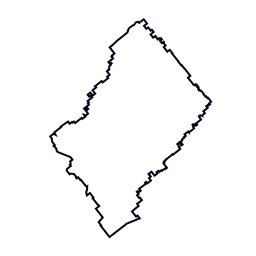 Wagin, Western Australia, Australia (Albers equal-area conic projection), rotated 142°
{"feature_id": "25037944B63512656480867", "entity_name": "Wagin", "entity_type": "district", "adm_level": 2, "iso_a3": "AUS", "parent_name": "Australia", "parent_adm1": "Western Australia", "projection": "albers", "projection_center": [117.292, -33.275], "detail": "fine", "context": "isolated", "style": "outline", "palette": "ink", "viewbox_px": 256, "rotation_deg": 142, "n_neighbors": 0, "source": "geoboundaries", "source_scale": "gbopen_adm2", "svg_char_len": 4467}
<svg xmlns="http://www.w3.org/2000/svg" viewBox="0 0 256 256"><g transform="rotate(142 128 128)"><path d="M209.7,53.5L191.9,53.4L190.7,53.4L190.5,53.2L188.2,53.5L182.1,51.8L182.1,51.7L179.4,51.0L177.2,50.4L174.4,49.6L174.4,53.1L176.2,53.2L176.2,59.7L172.6,60.0L167.6,60.0L167.6,62.6L161.5,62.6L161.5,65.8L162.3,65.9L162.3,69.4L160.3,69.4L160.3,72.3L159.0,72.3L159.0,70.8L156.6,70.8L156.6,73.2L154.6,73.2L148.4,73.0L148.4,74.3L146.7,74.3L146.7,72.5L142.3,72.5L142.3,75.6L139.9,75.7L139.9,77.1L140.2,77.1L140.2,79.1L136.4,79.1L136.4,74.1L132.7,74.1L132.7,75.6L130.3,75.5L130.3,74.1L127.4,74.1L127.4,73.3L123.6,73.3L123.6,72.6L121.8,72.6L121.8,78.4L120.4,78.4L120.4,79.4L118.6,79.4L118.6,79.7L116.8,79.7L116.8,79.8L112.8,79.8L109.0,79.9L109.0,79.3L99.8,79.3L99.8,81.4L99.0,81.4L99.0,85.0L96.6,85.0L96.6,81.4L95.9,81.4L95.9,81.6L95.5,81.8L95.2,81.6L95.0,83.7L95.0,84.0L95.0,84.3L95.1,84.6L95.2,84.9L94.9,84.8L93.1,84.8L93.0,85.2L92.0,85.5L92.0,85.8L89.6,85.8L89.6,86.4L87.4,86.3L87.4,88.2L85.6,88.2L82.7,88.2L82.7,86.9L82.6,87.0L76.3,87.0L76.0,87.2L76.0,89.0L75.1,89.0L75.1,90.9L74.3,90.9L73.5,90.0L73.5,89.0L73.0,89.0L73.0,88.0L71.5,88.0L71.5,89.7L65.2,89.7L65.2,91.2L65.0,93.6L63.4,93.6L62.4,92.2L62.4,92.3L58.3,92.3L58.3,93.7L58.2,93.7L58.2,94.8L52.9,94.8L52.9,97.0L50.6,97.0L50.6,96.1L48.8,96.1L48.8,97.5L46.3,97.5L46.3,102.4L46.9,102.4L46.9,104.8L47.7,104.8L47.7,107.8L47.4,107.8L47.4,111.9L47.4,112.0L47.8,112.2L48.1,112.8L47.9,113.2L48.3,113.5L48.7,113.6L48.9,113.8L48.3,114.5L48.7,114.8L48.8,115.1L48.2,115.3L48.1,115.5L48.0,115.8L48.0,116.0L48.2,116.3L48.2,116.5L48.2,116.8L47.9,116.8L47.9,116.7L47.6,116.8L47.3,116.9L47.2,116.9L47.2,117.0L47.1,117.3L47.2,117.5L47.3,117.6L47.3,117.8L47.5,118.0L47.8,118.1L48.1,118.1L48.3,118.2L48.3,118.3L48.4,118.5L48.3,118.8L48.2,118.9L47.9,119.0L47.7,119.0L47.4,119.3L47.5,119.4L47.5,119.5L47.4,119.6L47.2,119.6L47.1,119.8L47.2,120.0L47.3,120.2L47.4,120.4L47.6,120.4L47.8,120.5L48.0,120.9L48.1,121.0L48.3,121.0L48.5,121.1L48.8,121.1L49.0,121.0L49.2,120.9L49.3,120.8L49.5,120.8L49.7,121.3L49.8,130.7L46.8,130.7L46.8,133.6L46.8,136.5L46.8,140.0L47.0,140.1L47.0,144.6L47.5,144.6L47.5,149.1L47.3,149.1L47.4,157.9L47.4,159.7L47.0,159.7L47.0,163.9L50.0,163.9L50.0,169.8L47.7,169.8L47.7,172.2L47.7,172.9L47.6,173.1L47.4,173.3L47.2,173.4L47.0,173.5L46.8,173.5L46.7,173.6L46.7,174.0L49.1,174.0L49.1,177.0L46.8,176.9L46.8,178.5L48.1,178.4L48.2,179.6L50.0,179.5L50.0,182.5L49.7,182.5L49.7,183.7L52.6,183.7L52.6,187.8L48.7,187.9L48.7,190.7L50.2,190.7L50.2,194.9L52.5,194.9L52.5,198.6L48.7,198.6L48.7,204.0L54.6,204.0L54.6,205.5L56.7,206.4L60.0,205.4L60.8,205.9L65.2,206.0L67.2,205.4L68.2,204.8L68.2,204.4L69.0,204.1L69.8,203.6L72.8,203.6L78.7,203.5L82.1,203.5L90.1,202.8L92.8,202.8L92.8,202.7L92.8,195.0L95.9,195.0L95.9,194.4L97.0,194.4L97.0,192.0L102.8,192.0L102.8,189.6L101.1,189.6L101.1,189.0L102.2,189.0L102.7,188.3L104.2,188.3L105.3,187.7L105.9,187.0L106.5,185.9L107.7,185.9L107.7,185.6L109.7,185.6L109.7,181.2L112.9,181.2L112.9,179.5L119.9,179.5L119.9,181.2L128.0,181.2L128.3,181.2L128.2,180.9L128.2,180.6L128.1,180.2L128.1,179.6L132.7,179.6L132.7,175.3L135.9,175.3L135.9,179.1L139.3,179.1L139.3,176.5L137.4,176.5L137.4,174.1L141.4,174.1L143.3,174.1L143.3,172.0L144.5,172.0L144.5,170.4L150.6,170.4L150.6,169.3L147.7,169.3L147.7,167.4L150.6,167.4L150.6,163.9L153.3,163.9L154.5,165.5L154.5,163.3L158.3,163.3L158.3,164.5L163.4,164.5L165.5,164.4L166.6,164.4L166.6,166.3L168.5,166.4L168.5,167.2L171.3,167.2L171.3,170.0L172.1,170.0L177.0,170.4L177.5,170.4L180.0,170.5L180.0,169.9L188.8,169.9L189.3,167.4L190.1,169.3L194.5,169.3L194.5,166.8L196.2,163.8L196.2,163.1L196.2,159.6L197.7,159.6L197.4,158.3L197.2,156.6L197.3,155.7L197.9,154.6L198.2,154.2L198.2,152.5L197.8,151.7L191.3,140.6L191.3,140.3L191.3,140.2L191.3,137.2L192.3,137.1L192.3,137.3L192.5,137.3L193.4,137.4L193.5,137.4L193.9,137.3L194.0,137.3L194.2,137.2L194.3,137.1L194.5,136.9L195.1,135.2L195.3,134.9L195.5,134.8L195.6,134.7L195.8,134.6L196.1,134.6L196.4,134.7L196.4,133.3L198.5,133.3L198.8,133.3L199.3,133.2L199.9,133.3L201.0,133.3L202.5,132.3L202.5,127.4L201.2,127.3L198.9,125.0L198.9,120.8L199.5,120.8L199.5,119.9L197.6,119.9L197.6,116.4L197.0,116.4L197.0,109.4L196.8,109.4L196.8,107.0L196.2,107.0L198.3,104.5L200.3,103.3L201.0,102.2L201.9,100.2L198.0,100.2L198.1,94.5L199.1,94.5L199.1,85.5L198.6,85.2L198.6,84.2L201.5,84.2L203.0,84.2L203.0,73.0L209.1,71.9L209.1,71.0L209.1,70.9L209.1,67.8L209.7,67.8L209.7,53.5Z" fill="none" stroke="#020617" stroke-width="2"/></g></svg>